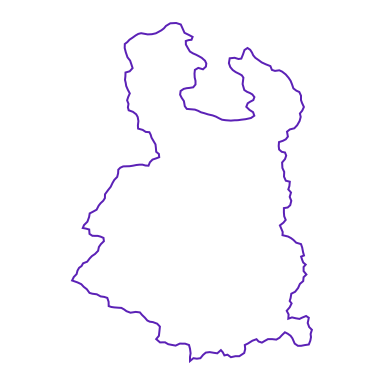 the district of Nepomuceno, Minas Gerais, Brazil
{"feature_id": "56859067B35796848931723", "entity_name": "Nepomuceno", "entity_type": "district", "adm_level": 2, "iso_a3": "BRA", "parent_name": "Brazil", "parent_adm1": "Minas Gerais", "projection": "mercator", "projection_center": [-45.258, -21.211], "detail": "fine", "context": "isolated", "style": "outline", "palette": "violet", "viewbox_px": 384, "rotation_deg": 0, "n_neighbors": 0, "source": "geoboundaries", "source_scale": "gbopen_adm2", "svg_char_len": 4463}
<svg xmlns="http://www.w3.org/2000/svg" viewBox="0 0 384 384"><path d="M124.7,48.0L125.8,52.3L127.5,57.3L130.1,60.6L131.3,64.1L132.6,68.1L129.7,71.3L125.5,72.5L125.4,76.2L125.0,79.9L125.7,82.8L126.2,86.0L127.9,89.9L129.8,93.4L128.2,97.0L127.1,100.3L128.5,103.9L127.9,107.4L128.7,110.3L132.9,111.8L136.2,114.3L137.7,117.0L138.4,121.1L137.9,125.5L138.1,128.6L142.7,129.9L145.7,131.9L149.4,132.2L150.7,134.8L151.5,137.6L153.6,141.2L155.5,144.4L155.9,148.0L156.2,151.8L158.9,154.0L159.2,157.2L156.6,158.2L152.5,159.6L149.9,162.3L148.5,165.7L145.4,165.5L142.6,164.7L139.3,164.7L136.4,165.0L132.9,165.7L129.7,166.2L123.2,166.4L120.3,167.7L118.3,169.7L118.1,173.3L117.2,176.9L114.3,179.9L112.5,183.0L110.7,186.8L108.0,190.2L105.0,194.3L104.9,198.1L103.2,200.8L100.6,203.2L98.7,205.6L96.6,209.7L92.6,211.9L89.7,213.4L89.1,217.0L87.4,221.7L84.0,225.1L82.8,228.0L85.9,228.6L89.2,229.5L89.5,233.9L92.4,235.8L97.8,235.9L100.5,236.6L103.5,237.9L103.9,241.2L100.9,244.1L98.9,247.0L98.1,250.8L95.0,254.0L91.9,256.1L89.7,258.4L87.2,261.7L83.1,263.3L81.5,266.1L79.1,267.8L77.5,270.6L76.6,274.1L73.8,277.0L72.1,280.5L77.5,282.4L81.3,284.2L83.7,286.8L86.8,289.2L89.5,292.9L92.3,293.7L96.8,294.3L100.6,296.4L104.2,296.9L107.3,297.9L108.6,301.8L108.7,306.1L111.4,307.0L114.3,307.4L118.2,307.7L121.4,307.9L124.2,309.5L126.5,311.2L130.5,312.7L135.7,311.9L139.9,312.4L142.0,314.9L144.8,317.6L147.3,320.5L149.8,321.7L152.9,322.1L157.2,323.7L159.9,326.6L159.4,331.4L158.9,335.8L156.2,339.1L160.0,342.4L165.0,342.3L168.2,344.2L171.3,344.8L175.6,345.6L179.8,343.6L185.2,343.7L189.0,345.0L190.0,348.7L190.6,353.3L190.0,356.9L190.0,361.0L193.4,358.2L196.9,358.7L200.4,358.2L203.1,354.9L205.8,352.6L209.7,352.1L213.8,352.8L217.3,353.3L220.9,350.1L222.8,352.3L224.4,355.4L227.5,354.7L230.9,357.2L235.4,356.2L239.3,356.2L244.2,353.0L245.2,349.0L244.8,345.0L247.8,343.6L252.4,340.7L256.5,339.2L258.6,341.5L261.9,342.6L265.1,340.7L268.0,339.1L271.9,339.1L276.3,339.6L279.6,337.7L281.7,335.4L284.9,332.3L287.7,333.7L290.6,335.8L292.4,338.3L294.7,343.6L297.9,345.8L301.1,345.8L304.7,345.1L308.8,344.5L310.3,340.7L311.0,337.1L310.6,334.0L311.9,329.8L309.2,327.1L307.7,323.0L308.8,317.8L306.1,316.0L302.2,317.6L299.5,318.9L295.9,318.3L292.0,317.4L288.3,318.7L288.6,314.4L286.7,310.8L289.7,307.3L291.6,303.4L289.7,301.0L290.6,298.0L291.3,293.7L295.1,291.8L298.1,288.0L299.9,283.9L303.2,281.1L303.6,277.2L306.4,274.5L303.6,271.1L303.6,267.0L305.7,264.6L303.2,262.5L302.0,259.4L301.1,256.6L304.0,255.5L303.0,251.9L302.2,247.6L301.0,244.1L296.2,242.7L293.4,239.9L291.0,238.1L288.0,236.5L282.5,235.2L282.7,232.0L281.3,228.7L279.9,225.4L283.4,222.7L285.7,219.9L284.2,216.3L283.9,212.5L283.9,208.1L287.7,207.5L290.2,205.2L291.3,200.8L289.7,196.9L291.0,192.5L288.3,189.4L289.4,186.0L289.8,181.7L285.8,180.7L284.0,176.6L284.2,171.9L282.4,168.0L282.1,162.5L285.0,159.1L286.2,155.6L285.0,152.5L281.7,151.8L279.1,149.5L278.7,146.0L279.0,142.1L282.9,140.8L285.8,139.3L287.9,136.6L287.0,131.7L289.9,129.4L294.3,128.3L297.2,125.2L299.6,121.0L300.7,116.9L299.9,113.5L302.2,110.7L303.9,107.0L302.0,102.9L301.0,100.1L301.0,95.7L299.3,92.0L296.4,90.7L293.4,88.4L292.0,84.3L290.6,80.8L288.6,77.8L285.7,74.4L282.1,71.6L279.3,70.3L275.0,70.9L271.9,69.9L270.4,66.1L265.8,64.3L261.7,62.4L258.6,60.1L255.3,57.8L253.2,55.3L252.0,52.6L250.2,49.8L247.5,48.0L244.5,50.0L243.0,54.4L241.3,58.6L238.5,59.0L234.6,57.8L229.7,58.3L228.9,63.2L230.3,67.1L232.7,70.0L235.7,72.1L239.3,73.9L241.8,75.3L243.4,77.7L243.0,80.9L242.6,84.1L243.4,86.9L244.3,90.0L247.0,91.8L249.9,93.0L252.3,94.4L254.4,97.1L253.3,100.1L250.2,101.7L247.7,103.3L246.3,106.8L249.5,109.9L253.1,112.2L254.3,115.7L251.0,118.0L248.3,118.6L245.5,119.2L241.3,119.7L237.9,120.2L234.4,120.3L230.8,120.6L225.5,120.2L222.0,119.7L219.3,118.4L215.9,116.6L212.6,115.4L208.1,114.4L204.0,113.1L201.0,112.3L198.1,110.8L194.9,109.6L190.2,109.2L186.8,108.9L184.8,106.2L183.9,101.1L181.6,97.7L180.1,94.7L180.6,91.0L183.7,88.9L186.6,88.2L189.5,87.9L193.2,87.3L195.5,84.5L195.5,80.9L194.7,77.5L194.5,73.6L194.9,69.9L198.3,67.9L203.0,69.3L205.9,66.6L206.3,63.5L205.0,60.7L201.7,57.8L198.5,56.0L196.0,54.7L193.0,53.4L189.9,51.5L188.0,48.3L185.9,44.6L185.8,41.0L188.6,40.1L191.5,39.8L192.6,36.9L188.6,34.8L184.5,32.8L182.5,28.3L180.8,24.5L176.2,23.0L170.3,23.3L166.0,25.9L163.9,28.4L161.4,30.3L158.7,31.8L155.9,33.3L151.9,34.2L147.7,34.4L143.9,33.7L141.1,33.2L138.3,33.9L135.7,35.4L132.5,37.7L129.5,39.7L127.3,42.1L124.8,44.0L124.7,48.0Z" fill="none" stroke="#5b21b6" stroke-width="2"/></svg>